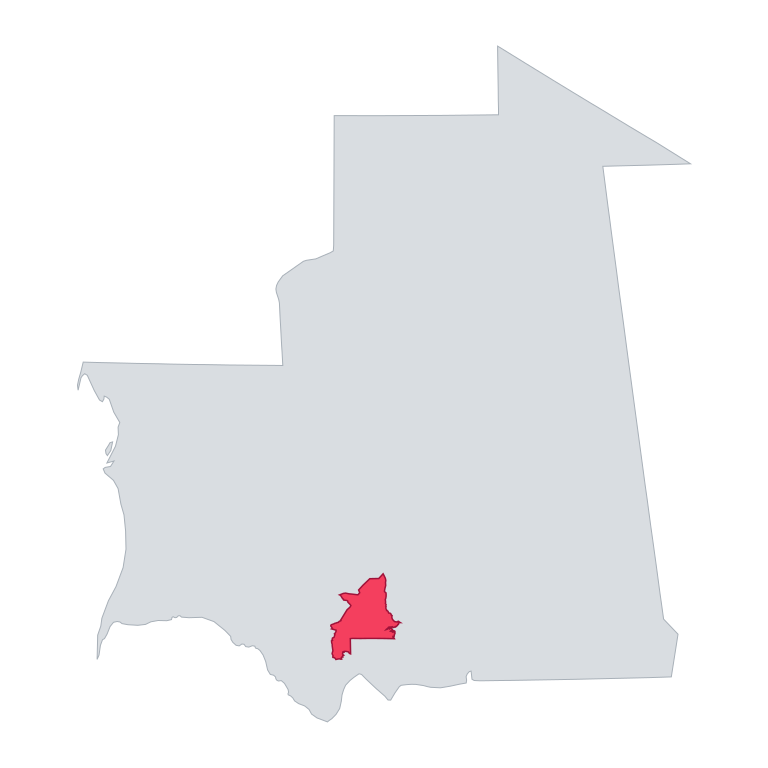 Kiffa, Assaba, Mauritania (highlighted)
{"feature_id": "47542326B84598403271907", "entity_name": "Kiffa", "entity_type": "district", "adm_level": 2, "iso_a3": "MRT", "parent_name": "Mauritania", "parent_adm1": "Assaba", "projection": "albers", "projection_center": [-11.344, 16.693], "detail": "fine", "context": "in_parent", "style": "filled", "palette": "rose", "viewbox_px": 768, "rotation_deg": 0, "n_neighbors": 0, "source": "geoboundaries", "source_scale": "gbopen_adm2", "svg_char_len": 6075}
<svg xmlns="http://www.w3.org/2000/svg" viewBox="0 0 768 768"><path d="M318.3,718.4L317.1,718.0L311.6,714.1L309.0,709.4L304.6,705.9L298.6,703.6L294.6,700.9L292.8,697.9L290.6,695.9L288.2,694.8L288.0,693.7L288.6,692.3L288.1,689.5L284.5,683.4L281.3,680.6L278.4,681.0L276.8,680.2L275.9,678.9L275.5,676.9L273.6,675.2L270.3,674.4L267.6,669.9L265.7,661.5L263.1,655.0L259.9,650.4L257.6,648.6L255.9,648.3L255.3,647.6L254.9,646.2L252.4,645.7L248.8,647.1L245.7,646.6L244.1,644.3L241.9,644.0L239.2,645.9L236.1,645.3L232.8,642.3L231.0,639.3L230.7,636.4L225.0,630.5L214.0,621.6L202.0,617.3L188.9,617.7L181.5,617.1L180.0,615.7L178.3,615.8L176.7,617.4L175.0,617.7L173.1,616.7L172.0,617.4L171.5,619.6L166.8,620.7L158.1,620.5L150.9,621.8L145.5,624.4L137.8,625.3L127.9,624.7L122.0,623.6L120.0,622.0L117.1,621.5L113.5,622.3L110.1,626.5L107.0,634.2L104.5,638.6L102.5,639.7L100.4,645.4L99.0,655.1L97.1,659.4L97.7,635.1L100.8,626.1L101.9,618.2L108.4,600.8L116.0,586.6L123.1,567.6L126.0,549.2L125.6,531.0L124.0,514.9L120.9,504.1L118.1,488.6L113.5,480.4L105.0,473.1L103.2,468.9L105.2,467.4L110.5,466.5L114.0,461.0L106.9,463.0L115.5,446.2L118.4,434.7L118.1,427.1L119.8,422.5L113.8,412.2L109.3,399.3L106.8,397.2L104.2,396.1L103.9,399.1L102.4,401.7L99.5,400.0L94.3,390.6L87.3,375.3L84.7,373.7L82.4,375.7L81.0,377.7L78.1,390.2L77.5,385.2L78.7,379.3L80.8,372.1L83.2,362.1L89.6,362.3L101.2,362.6L124.4,363.1L136.0,363.4L159.2,363.8L170.8,364.1L194.0,364.5L205.6,364.6L228.7,365.0L240.3,365.1L263.5,365.3L275.1,365.4L282.8,365.5L282.4,358.3L282.1,352.6L281.6,345.0L281.2,337.4L280.8,329.8L280.4,322.7L280.0,315.5L279.7,308.9L279.4,302.9L278.7,299.4L276.4,292.4L275.9,289.0L276.6,285.4L278.2,282.0L282.7,275.8L289.6,271.0L297.4,265.5L303.4,261.3L306.5,260.3L315.8,258.9L323.2,255.7L330.3,252.7L333.3,250.9L333.7,245.1L334.2,115.6L369.1,115.7L378.3,115.7L442.6,115.4L451.8,115.3L498.5,114.8L498.5,108.7L498.3,100.0L498.2,88.0L498.0,76.0L497.7,54.9L497.6,46.1L506.9,51.8L525.5,63.3L534.8,69.0L553.5,80.5L572.2,91.9L591.0,103.3L600.4,108.9L609.8,114.6L619.2,120.3L628.6,126.0L647.5,137.3L655.5,142.0L667.7,149.6L679.1,156.7L690.5,163.8L673.2,164.4L650.0,165.1L634.2,165.5L618.0,165.9L602.8,166.3L604.4,178.5L606.1,191.8L607.8,205.1L609.6,218.4L611.3,231.7L616.6,271.6L618.3,284.9L620.1,298.3L621.9,311.6L623.7,325.0L627.2,351.7L629.0,365.1L630.8,378.4L632.6,391.8L634.4,405.2L636.2,418.6L639.8,445.3L641.6,458.7L643.4,472.1L645.2,485.5L647.1,498.9L648.9,512.3L650.7,525.7L652.6,539.1L656.3,565.9L658.1,579.3L659.9,592.7L661.8,606.1L663.6,619.1L670.0,625.8L678.0,634.2L676.1,646.4L673.8,661.0L671.3,676.9L649.7,677.6L628.4,678.1L575.3,679.3L564.6,679.5L511.5,680.4L500.8,680.5L480.3,680.8L474.2,680.5L472.0,679.3L471.1,671.1L469.3,671.6L467.2,674.0L466.1,676.7L466.6,680.1L466.2,683.0L459.4,684.2L450.2,686.2L440.5,687.8L430.7,687.3L427.3,686.6L423.7,685.6L415.9,684.4L411.7,684.3L406.8,684.6L401.1,685.3L399.2,686.8L394.9,693.0L390.7,700.1L388.0,700.0L384.9,696.2L376.4,688.8L366.2,679.2L361.5,674.4L359.0,673.8L354.1,677.2L350.0,680.5L345.6,685.2L343.6,689.7L342.0,695.0L341.3,701.2L339.7,708.5L336.1,714.3L331.8,718.7L328.7,720.8L327.5,721.9L318.3,718.4ZM110.8,450.5L107.4,455.6L106.0,453.6L105.5,450.1L108.6,445.2L110.0,442.7L112.6,441.9L110.8,450.5Z" fill="#d9dde1" stroke="#a8b0b8" stroke-width="1"/><path d="M332.7,651.4L332.1,653.5L332.2,654.0L333.0,655.6L332.8,657.2L333.1,657.5L334.3,657.6L335.3,658.5L335.9,659.5L337.5,659.1L339.2,658.8L340.9,659.2L341.7,659.1L341.3,657.7L341.9,657.0L342.8,657.1L342.8,656.3L342.7,655.7L343.7,655.2L343.0,654.7L342.5,653.9L342.9,652.8L342.7,652.1L343.2,651.8L343.3,652.4L344.2,652.2L344.7,651.3L346.0,651.4L348.5,651.9L349.0,652.9L350.0,653.7L350.6,653.9L350.3,638.6L352.6,638.4L360.5,638.5L367.6,638.4L375.5,638.4L385.1,638.5L394.0,638.7L394.4,638.7L393.7,637.4L393.2,637.4L392.5,637.6L393.4,636.9L392.4,636.3L392.9,636.4L393.0,636.3L393.7,636.5L394.2,636.2L394.3,635.6L394.3,635.1L394.5,634.2L394.9,633.8L395.0,632.8L394.7,632.1L393.4,632.5L393.7,632.3L394.9,631.6L394.7,631.1L393.9,630.7L393.6,630.8L393.0,631.0L392.5,632.0L391.9,631.5L390.5,631.2L390.9,630.8L392.2,631.0L392.8,630.8L392.5,629.7L392.0,629.8L391.9,629.2L391.8,628.3L390.3,628.2L389.8,628.7L389.7,627.9L388.8,628.3L388.5,628.4L387.6,629.1L386.1,629.6L386.6,629.0L387.2,628.9L387.8,628.2L388.5,627.2L389.2,627.1L390.1,626.9L390.9,627.3L391.7,626.9L392.2,626.7L393.2,627.3L393.7,627.5L394.2,627.3L395.1,626.8L395.5,626.6L395.5,626.9L395.6,627.0L397.6,625.3L397.7,624.8L397.8,624.5L398.5,624.2L398.9,622.6L400.3,622.6L399.3,622.0L398.5,621.3L398.0,621.3L397.3,622.0L395.8,621.8L394.6,621.6L393.1,620.1L392.2,618.8L391.9,617.5L391.8,616.9L392.1,615.6L391.2,615.0L391.1,614.2L390.3,613.3L389.0,613.0L388.6,613.0L388.5,612.6L388.4,612.3L388.2,612.0L388.1,611.4L387.5,610.9L387.0,610.5L386.6,610.5L386.6,610.0L386.5,609.6L386.1,609.1L385.9,608.5L385.8,608.1L385.8,607.8L386.1,606.6L385.9,606.2L385.7,606.1L386.1,604.6L385.4,603.5L385.6,602.3L385.6,602.2L385.5,601.0L385.3,599.6L385.8,598.2L386.1,596.2L386.1,594.3L386.0,592.9L384.5,591.6L384.5,590.8L385.0,588.1L385.7,585.6L385.6,583.8L385.5,582.7L385.6,581.8L385.8,580.6L385.6,579.4L385.3,578.2L384.3,576.1L383.6,574.7L383.1,573.8L378.8,578.5L369.8,578.7L362.8,585.4L361.0,587.4L358.6,590.0L359.5,592.1L359.7,592.8L357.9,594.8L351.9,594.1L348.9,593.8L347.0,593.4L345.4,593.1L344.4,593.3L343.4,593.4L339.6,594.9L340.5,595.3L341.1,596.2L342.7,598.8L343.4,599.1L343.6,600.0L344.7,600.2L346.8,600.5L347.1,600.6L347.8,601.2L347.9,602.2L349.3,603.6L350.4,604.8L350.9,605.6L350.0,607.1L348.7,608.3L347.1,609.7L340.7,620.1L340.8,620.2L341.0,620.6L340.6,620.9L339.3,621.3L338.8,621.8L338.5,622.3L338.0,622.5L337.4,622.5L337.0,622.6L336.3,623.0L335.2,623.2L334.8,623.3L334.7,623.4L334.4,623.6L333.2,624.1L332.2,624.4L331.2,624.8L331.0,625.1L330.8,625.6L330.8,626.0L331.2,626.5L332.4,628.4L331.6,628.9L336.1,630.2L336.0,631.6L334.9,633.5L334.4,633.9L334.9,634.6L334.6,635.5L334.0,637.4L332.5,638.0L332.1,639.5L332.5,640.4L331.5,640.8L331.6,642.2L331.8,643.1L332.2,644.4L332.2,645.8L332.9,650.8L332.7,651.4Z" fill="#f43f5e" stroke="#9f1239" stroke-width="1.5"/></svg>